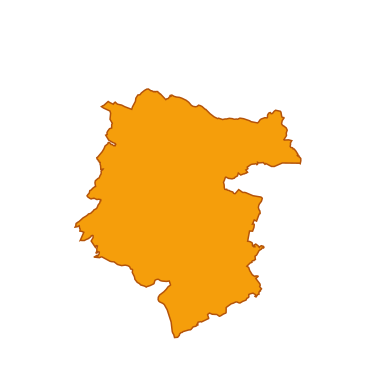 outline of Galgau, Salaj, Romania, rotated 54°
{"feature_id": "2599482B89090137886863", "entity_name": "Galgau", "entity_type": "district", "adm_level": 2, "iso_a3": "ROU", "parent_name": "Romania", "parent_adm1": "Salaj", "projection": "mercator", "projection_center": [23.697, 47.286], "detail": "fine", "context": "isolated", "style": "filled", "palette": "amber", "viewbox_px": 384, "rotation_deg": 54, "n_neighbors": 0, "source": "geoboundaries", "source_scale": "gbopen_adm2", "svg_char_len": 6064}
<svg xmlns="http://www.w3.org/2000/svg" viewBox="0 0 384 384"><g transform="rotate(54 192 192)"><path d="M302.6,273.5L301.8,270.3L302.8,268.0L302.9,266.6L302.1,266.1L301.9,265.5L302.2,265.2L302.3,265.6L302.8,265.8L303.0,265.4L301.5,264.6L300.9,263.6L301.9,261.3L302.7,260.7L304.1,252.9L303.8,252.6L300.5,251.6L300.3,251.3L300.2,249.0L302.8,247.5L305.7,243.9L308.6,242.9L309.0,241.7L309.2,238.3L309.8,235.8L309.5,235.2L305.6,232.3L305.5,231.6L305.5,226.0L306.2,224.0L306.7,221.3L307.4,220.3L309.4,219.1L310.0,218.4L310.3,215.2L311.2,211.9L310.3,210.2L310.5,208.3L310.3,207.7L308.3,206.3L308.7,204.4L309.7,202.1L312.5,200.9L312.9,201.1L313.4,202.4L314.5,201.9L313.7,199.4L313.6,198.8L314.1,198.0L312.3,196.6L312.2,194.8L311.7,194.8L311.2,192.7L308.3,192.9L307.6,191.7L306.4,191.1L299.5,191.2L299.2,188.2L298.7,188.1L297.4,189.7L297.5,190.5L297.3,190.8L294.4,191.9L289.4,191.5L286.3,190.5L284.3,191.3L283.6,186.8L284.1,184.9L283.6,184.8L283.3,184.3L283.3,183.2L283.9,182.2L283.6,181.4L283.9,180.4L281.0,178.8L281.0,176.8L278.8,172.1L279.0,169.4L278.5,168.0L279.3,167.2L279.2,166.5L278.7,166.2L277.9,166.2L276.2,167.5L276.0,169.0L276.4,170.1L274.1,170.2L271.6,171.0L271.4,173.2L271.7,173.4L273.0,173.1L273.3,173.3L272.7,174.2L271.0,174.6L268.8,173.3L267.9,173.4L266.0,174.4L264.5,175.9L257.4,168.4L259.3,166.0L257.1,162.7L255.1,160.9L254.5,160.7L253.9,161.1L253.5,161.9L251.2,158.1L253.5,156.9L249.3,150.6L249.5,149.7L249.2,149.3L247.1,148.2L245.5,148.2L243.5,147.4L242.1,145.9L241.3,144.5L240.3,141.3L238.6,139.0L237.7,138.8L236.6,139.2L230.9,144.8L224.3,148.8L223.4,149.5L222.2,151.2L217.5,152.8L218.7,158.0L218.4,158.5L217.5,159.1L215.9,159.0L213.8,160.6L212.7,161.0L211.2,162.4L210.2,162.3L209.8,163.2L209.1,163.9L207.6,163.4L205.1,161.8L202.6,160.8L201.5,158.8L200.1,156.9L199.8,156.1L200.0,155.7L202.4,154.5L204.9,151.9L205.7,149.6L205.4,148.5L205.7,145.8L203.9,143.4L206.9,142.6L207.7,139.5L208.2,138.7L208.3,136.9L208.6,136.9L208.7,135.4L205.8,135.5L206.0,133.1L204.3,132.7L204.2,132.1L204.5,131.0L204.3,130.3L204.5,127.9L205.3,126.1L205.9,125.4L206.5,123.9L207.4,123.3L207.9,123.5L208.1,123.1L207.9,122.4L206.5,121.5L207.8,120.8L210.1,117.0L212.5,116.7L212.6,116.0L212.4,115.5L218.0,112.7L219.7,110.5L221.6,101.9L231.8,88.2L232.7,87.8L230.7,85.6L228.8,84.3L227.3,84.4L226.9,84.7L225.8,84.3L225.1,85.2L224.4,85.4L224.2,85.2L224.3,84.4L223.9,84.2L219.7,83.9L217.2,84.1L216.6,84.9L215.9,84.6L215.1,84.8L214.0,85.9L212.8,85.8L211.2,84.1L210.2,83.6L209.1,81.1L206.6,83.2L204.2,86.8L203.7,86.9L201.9,82.4L199.7,81.1L197.9,78.6L195.5,78.1L192.4,79.0L192.2,79.3L190.2,79.6L189.3,79.3L187.3,77.1L186.2,74.0L185.7,74.0L184.7,75.1L183.6,75.0L179.7,73.1L178.6,73.1L175.0,76.3L175.0,78.1L175.7,80.6L175.6,81.2L175.1,82.0L173.8,81.9L173.4,82.7L173.3,83.7L174.2,85.7L176.0,87.1L176.1,87.8L174.7,89.4L173.6,93.2L173.7,94.9L174.4,96.5L174.7,98.3L169.9,102.8L168.2,103.5L163.0,107.2L160.7,109.5L160.3,110.1L160.0,112.3L159.2,113.0L157.9,115.2L156.4,116.2L154.3,118.5L153.1,121.4L152.4,122.2L151.4,124.6L147.9,127.1L147.7,128.1L144.3,129.9L139.2,131.4L133.2,132.3L133.0,132.7L128.8,133.6L127.0,134.5L125.6,135.7L125.8,137.5L125.1,139.1L123.2,140.9L121.4,141.6L117.5,141.9L114.4,142.8L110.1,145.1L108.1,146.5L106.1,148.7L103.9,150.4L101.9,151.2L101.5,151.7L101.1,152.9L102.2,152.9L101.8,154.2L102.4,156.3L101.8,157.6L101.9,158.9L94.2,159.9L94.1,160.2L92.7,160.3L92.1,160.8L90.6,160.7L89.5,162.1L89.6,162.5L89.1,162.9L89.1,163.2L88.3,163.6L88.2,164.3L86.5,165.0L86.0,165.7L83.1,166.7L82.2,168.1L81.9,170.7L82.1,174.8L82.7,176.9L81.7,178.8L83.1,182.3L85.4,184.5L88.2,190.2L89.7,192.2L83.4,196.3L80.4,197.8L77.1,200.7L74.2,201.3L74.3,202.2L74.1,202.3L74.7,204.1L71.4,205.9L69.5,206.6L70.1,212.7L69.8,213.5L69.7,215.1L72.1,214.2L78.2,210.8L80.4,211.5L85.0,215.6L89.6,216.1L90.2,217.3L93.0,219.4L92.3,221.5L92.6,222.5L93.3,224.7L94.2,226.1L95.5,226.6L95.4,227.2L95.6,227.3L95.3,228.4L101.1,228.9L105.1,227.1L107.8,225.5L108.7,225.8L108.7,226.6L109.4,226.8L109.4,227.1L108.4,228.2L106.4,228.8L106.0,229.6L103.9,229.6L102.8,230.5L102.9,231.1L103.3,231.3L103.5,231.7L103.7,235.3L105.2,237.7L106.6,240.9L108.3,247.6L108.3,248.9L109.6,249.4L110.6,249.1L111.7,249.4L112.0,249.1L113.5,249.4L114.1,248.9L115.3,249.9L117.0,250.5L120.1,252.5L121.2,250.5L121.5,251.2L121.4,252.3L121.8,253.4L123.1,254.1L124.2,255.4L124.6,256.6L126.0,258.8L125.8,260.2L126.1,263.6L127.5,265.1L130.9,266.8L130.6,267.5L130.6,269.9L131.1,272.7L130.8,273.8L132.6,276.0L132.8,277.5L133.4,279.2L134.8,279.2L137.8,278.1L138.5,277.4L138.5,276.6L139.2,275.9L139.3,275.0L142.3,273.3L142.8,272.0L144.5,270.3L145.5,270.9L145.3,271.5L146.6,273.1L147.3,275.5L149.0,278.2L149.2,279.9L148.8,281.7L149.2,282.8L149.7,286.6L148.9,288.7L149.2,289.9L149.2,292.2L148.9,295.3L149.5,300.9L149.3,302.0L149.5,302.9L149.2,303.7L149.7,304.8L150.7,305.4L151.7,307.2L152.6,305.4L153.0,303.1L155.3,304.2L156.3,304.3L157.7,305.7L159.1,304.3L161.0,303.2L165.5,310.9L165.7,310.2L166.4,309.8L168.0,307.6L168.2,305.7L168.8,303.3L168.7,300.1L168.2,299.2L168.7,297.9L169.1,297.7L170.7,298.7L172.4,302.4L179.9,302.7L179.1,301.4L179.4,300.5L180.1,300.2L181.7,302.2L184.0,303.8L184.7,305.3L185.1,305.4L185.5,304.6L185.4,303.9L184.9,303.2L186.1,302.3L186.5,302.6L187.3,303.3L188.4,305.7L188.2,306.1L187.4,306.1L187.2,308.8L186.9,309.7L190.7,305.5L191.1,303.7L191.6,303.0L199.9,299.0L201.0,298.1L202.7,296.1L206.8,294.9L210.2,292.2L211.9,289.0L213.8,287.3L215.2,286.6L216.2,286.4L218.2,286.9L219.3,285.9L220.0,285.8L222.0,287.6L226.7,288.4L229.1,289.5L232.9,289.4L235.4,288.3L236.9,288.2L240.4,285.6L242.0,284.9L242.0,284.2L243.1,280.9L243.8,277.0L243.7,276.5L241.7,273.9L241.8,272.6L242.3,271.3L243.0,270.4L245.0,269.7L246.5,268.5L249.3,265.3L250.7,262.7L254.6,264.0L254.7,264.7L254.6,266.9L255.6,270.1L256.2,273.5L256.3,278.7L257.3,281.1L259.2,282.7L260.8,283.0L262.0,282.7L264.9,281.1L266.7,280.6L272.7,281.3L284.9,285.3L293.1,289.9L294.5,290.4L296.7,290.6L299.5,291.7L301.1,289.0L300.5,286.5L299.6,285.5L299.3,283.5L299.8,282.5L299.7,281.3L300.6,278.7L301.7,275.7L302.5,274.4L302.6,273.5Z" fill="#f59e0b" stroke="#b45309" stroke-width="1.5"/></g></svg>